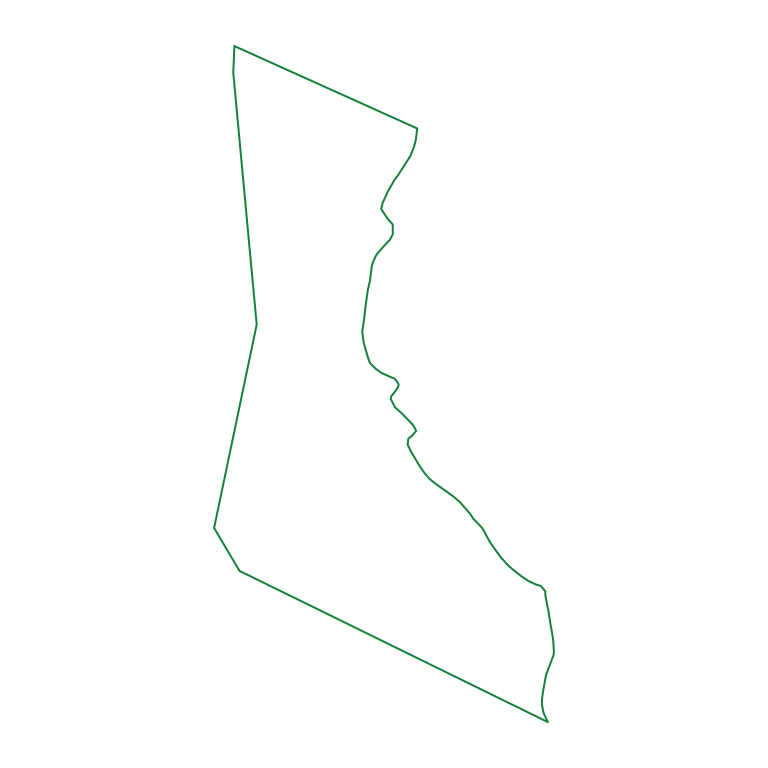 outline of Banse La Grace, Laborie, Saint Lucia
{"feature_id": "8701671B8403911269466", "entity_name": "Banse La Grace", "entity_type": "district", "adm_level": 2, "iso_a3": "LCA", "parent_name": "Saint Lucia", "parent_adm1": "Laborie", "projection": "mercator", "projection_center": [-60.997, 13.782], "detail": "fine", "context": "isolated", "style": "outline", "palette": "green", "viewbox_px": 768, "rotation_deg": 0, "n_neighbors": 0, "source": "geoboundaries", "source_scale": "gbopen_adm2", "svg_char_len": 1852}
<svg xmlns="http://www.w3.org/2000/svg" viewBox="0 0 768 768"><path d="M214.1,528.0L239.5,570.9L546.4,721.4L547.0,721.9L547.7,721.8L547.4,721.2L546.9,720.0L543.7,713.3L543.0,710.4L541.9,704.0L542.0,701.2L542.0,699.7L542.4,696.3L543.2,690.6L544.7,682.2L546.1,674.8L553.4,655.5L553.8,652.9L553.9,651.9L553.5,644.7L553.3,642.2L553.2,640.2L551.6,630.3L551.3,628.4L550.8,626.0L549.6,618.6L548.5,611.3L547.8,608.2L547.4,606.1L545.6,596.7L545.4,595.7L545.3,591.4L543.4,589.1L540.9,586.0L535.8,584.4L528.5,581.1L526.2,579.5L521.3,576.2L516.0,572.1L515.4,571.6L508.9,566.2L508.1,565.4L500.6,557.1L497.9,553.3L496.4,551.3L489.6,541.6L484.0,531.0L483.1,529.6L481.7,527.4L476.7,522.2L473.1,518.5L471.8,516.4L470.3,514.1L464.0,506.8L459.8,502.0L456.7,499.3L452.8,496.1L446.6,491.6L441.9,488.3L440.8,487.5L436.2,484.2L429.9,479.2L429.2,478.4L424.8,473.5L423.0,470.9L419.0,465.0L415.6,459.3L411.5,452.5L408.5,446.5L407.6,444.7L408.0,441.5L408.4,438.6L409.2,438.0L412.4,435.3L414.1,433.3L416.1,431.0L415.0,428.3L412.3,424.0L411.5,423.7L410.6,422.4L401.7,413.3L396.8,408.9L394.8,407.0L391.7,400.8L390.7,398.9L391.4,395.9L393.5,393.6L397.1,388.5L397.6,387.9L398.5,385.6L398.5,384.1L397.2,382.0L396.7,381.1L395.9,380.2L394.5,378.6L390.4,376.9L381.5,373.0L379.9,371.8L375.7,368.8L369.8,362.8L367.7,356.6L365.1,347.7L363.7,342.8L362.7,334.9L362.2,331.6L364.4,317.1L365.2,308.6L366.8,297.2L367.6,291.7L367.9,289.7L368.6,286.6L370.0,280.4L370.8,273.7L371.8,266.1L373.1,261.8L376.5,254.6L378.8,251.9L383.7,246.4L390.2,239.3L392.8,234.3L392.7,224.4L392.2,223.9L387.7,218.9L381.2,209.0L381.6,207.6L382.6,203.0L387.5,192.2L394.2,180.4L396.4,177.3L397.7,175.7L403.4,166.9L406.4,162.2L410.3,156.2L411.9,152.0L414.0,146.9L415.9,139.5L417.2,128.5L234.4,46.1L233.5,67.3L233.2,72.0L246.3,213.1L256.7,324.6L236.7,420.1L214.1,528.0Z" fill="none" stroke="#15803d" stroke-width="2"/></svg>